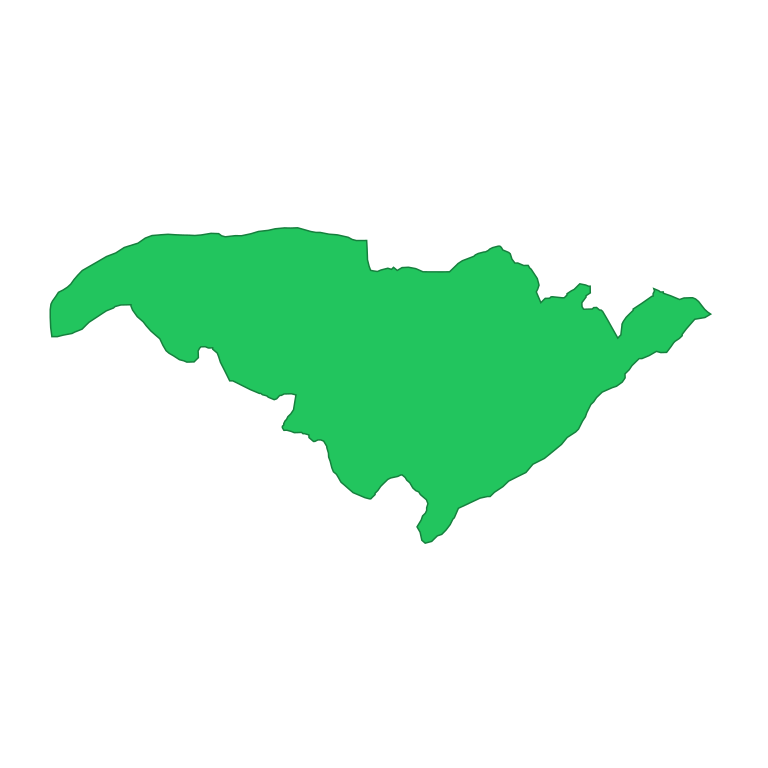 Al-Minshat, Suhaj, Egypt (Natural Earth projection), rotated 267°
{"feature_id": "37247803B33567976679520", "entity_name": "Al-Minshat", "entity_type": "district", "adm_level": 2, "iso_a3": "EGY", "parent_name": "Egypt", "parent_adm1": "Suhaj", "projection": "natural_earth1", "projection_center": [31.766, 26.464], "detail": "fine", "context": "isolated", "style": "filled", "palette": "green", "viewbox_px": 768, "rotation_deg": 267, "n_neighbors": 0, "source": "geoboundaries", "source_scale": "gbopen_adm2", "svg_char_len": 4791}
<svg xmlns="http://www.w3.org/2000/svg" viewBox="0 0 768 768"><g transform="rotate(267 384 384)"><path d="M528.2,374.2L528.7,363.9L530.0,359.8L532.4,355.9L535.3,345.6L535.7,343.1L536.5,336.9L538.7,328.2L538.9,324.1L540.1,318.9L542.4,312.2L544.5,306.0L544.6,299.1L545.0,293.7L545.1,293.2L544.7,283.5L543.5,276.5L542.9,266.6L541.0,258.9L539.5,249.4L539.9,243.2L539.3,233.2L540.5,229.6L542.8,226.8L543.5,219.1L542.4,209.3L542.2,202.9L542.8,197.0L543.2,191.3L543.9,183.9L544.8,176.2L544.7,169.0L544.6,167.0L544.4,160.1L542.2,153.2L537.5,145.7L535.3,137.0L533.9,131.7L528.9,123.0L525.8,113.5L520.9,104.0L513.1,88.6L508.7,83.9L504.5,79.9L500.1,76.4L497.3,73.0L494.7,68.5L492.6,63.7L488.6,60.8L484.2,57.3L481.2,55.6L475.8,54.6L468.0,54.2L457.8,54.1L448.9,54.8L448.7,54.8L448.4,60.4L449.0,63.2L449.6,66.3L450.8,75.1L452.1,78.0L452.5,79.3L454.6,85.4L458.6,89.8L461.2,92.8L466.4,101.7L469.0,106.1L471.6,110.6L474.1,117.9L475.4,119.4L476.7,125.3L476.4,135.5L475.1,135.4L471.0,136.8L464.2,141.1L458.7,146.8L457.4,147.7L454.6,149.6L449.2,153.9L445.0,158.2L440.9,162.5L434.1,165.3L428.7,168.1L426.0,170.9L423.2,175.2L419.0,181.0L417.6,185.4L416.2,188.2L416.1,190.8L416.1,192.6L416.0,195.5L418.7,198.5L420.0,200.0L424.0,200.1L425.2,200.1L426.7,200.1L429.4,201.7L430.7,203.1L430.6,207.5L429.2,210.4L429.1,211.8L429.1,214.8L427.7,214.8L423.6,219.1L419.6,220.4L414.2,221.8L404.7,226.0L395.2,230.1L395.1,233.1L385.3,250.4L381.1,259.1L381.1,260.5L379.7,262.0L378.3,266.3L376.9,267.7L374.1,273.5L374.8,276.0L375.4,276.6L378.0,279.2L378.0,280.9L379.3,283.8L379.2,286.8L379.1,291.1L377.7,295.5L363.0,292.3L359.0,289.3L356.4,286.3L353.7,284.8L352.4,283.3L349.7,281.8L348.4,281.8L347.1,280.3L345.7,280.2L343.0,281.6L342.9,284.6L341.5,288.9L340.1,291.8L340.0,296.2L340.0,299.1L338.6,300.5L338.6,302.0L337.1,306.3L334.4,306.3L330.3,310.6L330.3,312.0L331.6,315.0L331.5,317.9L330.1,320.8L327.4,322.2L324.7,323.6L323.3,323.6L317.9,324.9L313.9,324.9L309.8,326.2L303.1,327.5L299.0,328.9L296.3,331.8L292.1,334.0L290.8,334.6L288.1,336.0L285.4,338.9L281.2,343.2L277.1,347.5L274.3,353.3L271.5,359.0L270.6,361.8L270.1,363.4L270.0,364.8L271.4,366.3L274.0,369.3L275.3,369.3L278.0,372.3L281.9,375.3L284.6,378.3L287.2,381.3L288.5,382.7L289.8,385.7L291.0,393.0L292.3,396.0L292.2,397.4L289.5,400.3L286.8,401.7L284.0,404.6L278.6,407.4L275.8,410.2L274.4,413.1L271.7,414.5L267.6,418.8L266.2,420.3L262.2,421.6L258.2,420.1L255.5,420.0L252.8,418.5L250.2,415.6L246.2,414.0L239.6,409.5L234.1,412.3L226.0,413.6L222.9,416.8L224.3,423.4L227.0,426.4L229.6,429.4L230.8,433.8L234.8,438.2L240.1,442.7L245.4,445.7L246.7,447.2L256.0,451.8L262.1,466.8L265.0,473.9L266.2,481.2L266.1,484.1L270.1,488.6L275.3,497.4L280.5,503.4L284.4,512.2L288.2,521.1L296.1,528.5L297.1,530.8L301.3,540.3L307.8,549.2L314.4,558.1L321.0,564.1L326.1,572.9L328.8,575.9L336.7,580.4L340.7,583.4L344.7,585.0L352.7,589.5L355.3,592.5L359.3,595.5L364.5,601.5L368.4,611.7L369.6,616.1L373.5,622.1L377.5,625.1L381.5,625.2L385.4,629.6L389.4,632.6L396.0,640.1L395.9,643.0L398.5,650.3L402.3,657.7L401.7,659.6L400.9,662.0L400.8,666.4L400.8,667.9L406.1,672.4L410.0,675.4L411.4,676.9L414.0,681.3L416.6,684.3L417.9,684.3L423.2,688.8L432.4,697.7L433.6,708.0L436.7,713.9L438.9,711.0L441.7,708.2L445.8,705.3L449.9,702.5L451.2,701.1L452.6,699.6L454.0,696.7L454.1,693.8L454.1,692.4L454.2,688.0L452.9,683.6L457.1,674.9L460.0,667.7L461.3,667.7L461.4,664.8L462.7,663.4L465.1,658.4L462.8,659.0L460.2,657.5L458.8,657.4L457.8,657.4L457.5,656.0L451.0,645.6L445.8,636.7L444.5,636.7L441.9,633.7L439.3,630.8L437.9,629.3L434.0,626.3L431.3,624.8L430.0,624.7L420.6,623.1L419.3,621.6L417.6,619.9L437.0,610.3L439.7,608.9L445.1,606.1L446.5,604.6L446.5,603.2L449.3,600.3L449.3,598.9L449.3,597.4L448.0,595.9L448.2,587.2L450.9,585.8L453.6,585.8L454.9,585.9L460.2,590.3L461.6,590.4L464.2,594.8L465.5,594.8L470.9,595.0L470.9,593.5L472.3,590.6L473.8,584.8L472.5,583.3L469.8,580.3L468.5,578.8L467.2,575.9L464.6,571.5L463.3,571.4L462.0,570.0L460.7,568.5L460.7,567.0L462.3,556.8L462.3,555.4L461.0,553.9L461.0,551.0L461.1,549.5L459.8,548.0L457.0,544.9L468.0,540.9L470.6,542.4L474.6,544.0L481.3,542.6L490.9,537.0L492.2,535.6L494.9,534.2L495.0,531.3L495.0,529.8L497.8,524.0L497.9,521.1L502.0,518.3L507.4,516.9L508.8,515.5L510.2,512.6L511.6,509.7L514.3,508.3L515.6,506.9L515.7,505.4L514.5,499.6L513.2,496.6L511.9,495.1L510.6,492.2L510.6,490.7L509.4,484.9L508.1,481.9L506.8,480.4L503.0,468.7L500.4,464.2L499.1,462.8L492.6,455.3L492.9,448.1L493.7,433.5L493.9,430.6L494.0,428.8L496.9,423.1L497.6,421.6L499.3,414.6L499.3,411.7L499.3,410.2L499.3,408.1L497.4,404.5L496.7,403.1L498.0,401.8L499.4,400.3L500.0,399.6L498.1,397.5L499.4,393.9L498.9,391.3L498.0,386.9L497.0,384.2L496.7,383.3L497.5,379.3L498.2,376.6L502.3,375.3L509.0,374.0L513.0,374.1L521.1,374.2L528.2,374.2Z" fill="#22c55e" stroke="#15803d" stroke-width="1.5"/></g></svg>